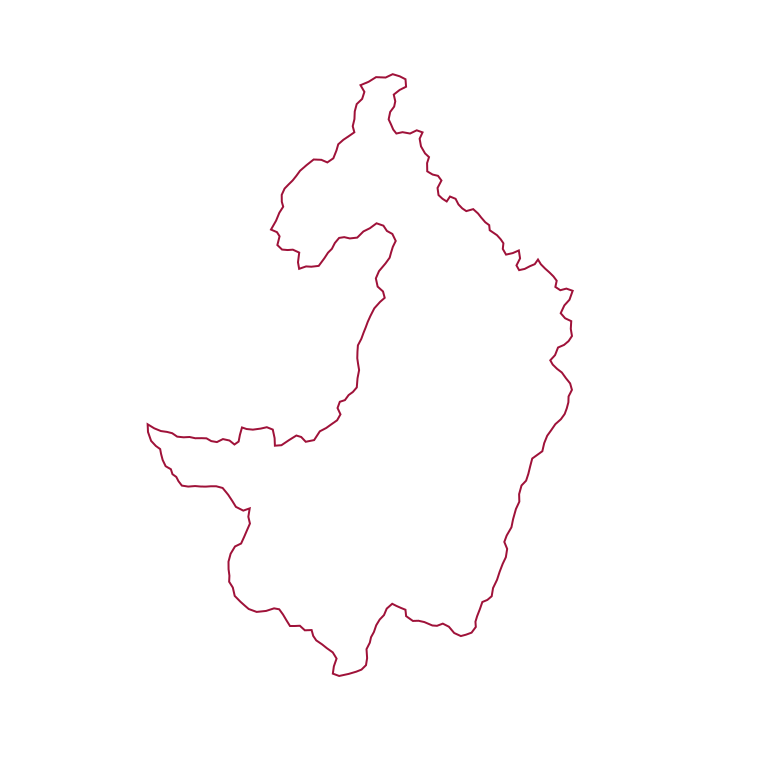 Virginópolis, Minas Gerais, Brazil, rotated 207°
{"feature_id": "56859067B47884480134437", "entity_name": "Virginópolis", "entity_type": "district", "adm_level": 2, "iso_a3": "BRA", "parent_name": "Brazil", "parent_adm1": "Minas Gerais", "projection": "natural_earth1", "projection_center": [-42.648, -18.801], "detail": "fine", "context": "isolated", "style": "outline", "palette": "rose", "viewbox_px": 768, "rotation_deg": 207, "n_neighbors": 0, "source": "geoboundaries", "source_scale": "gbopen_adm2", "svg_char_len": 4138}
<svg xmlns="http://www.w3.org/2000/svg" viewBox="0 0 768 768"><g transform="rotate(207 384 384)"><path d="M576.3,240.8L572.5,234.1L565.7,227.6L559.1,225.2L553.9,224.4L550.9,220.5L546.7,215.8L541.2,211.6L535.2,211.3L531.5,207.6L526.9,206.9L523.0,204.1L518.0,201.7L511.9,203.7L506.0,207.3L501.1,209.3L496.3,211.6L491.8,214.3L487.1,216.7L480.6,218.1L472.6,214.6L465.9,210.8L460.2,207.3L451.9,207.3L447.2,212.2L444.6,204.1L440.1,198.8L439.7,191.9L439.2,184.3L438.9,177.0L443.0,171.6L443.6,163.1L441.9,155.1L438.4,148.4L434.7,143.0L432.2,137.5L426.3,134.0L420.8,127.4L413.0,124.8L407.3,123.3L402.4,122.1L394.0,123.1L386.0,128.3L380.1,134.2L375.1,135.7L369.4,132.8L363.7,129.2L357.9,125.7L353.4,128.0L349.2,130.4L342.7,128.6L336.8,131.9L332.7,127.4L328.0,124.8L321.0,123.9L315.2,122.7L307.8,121.6L301.6,117.8L300.5,109.7L298.1,102.7L291.4,103.5L283.8,109.7L278.1,115.1L274.4,119.3L272.4,125.3L274.6,132.1L279.2,139.8L279.2,147.1L280.6,152.5L280.4,158.4L281.4,165.5L280.9,172.2L279.1,178.1L279.6,185.1L276.9,191.9L272.2,191.9L266.9,192.2L262.4,192.6L258.9,187.2L250.7,186.0L245.8,188.7L240.0,190.2L231.3,190.8L227.0,192.6L222.8,197.2L216.0,197.2L208.4,194.0L201.1,194.3L197.1,197.9L193.1,202.2L191.9,209.2L194.6,213.7L195.6,219.3L196.4,227.2L197.4,234.4L193.9,238.5L191.7,243.8L194.2,251.7L194.4,260.9L195.7,269.1L196.6,277.6L196.8,285.0L199.4,293.0L205.1,297.9L205.9,304.7L205.4,314.2L207.6,322.1L209.7,332.5L210.0,340.6L213.6,347.2L215.4,356.0L213.5,362.4L214.6,369.5L216.4,377.1L218.1,384.9L214.8,391.3L212.4,396.0L214.4,404.0L215.1,412.0L214.1,418.4L213.1,426.0L210.4,432.9L209.4,439.3L210.1,445.3L211.4,451.4L213.9,456.7L213.9,464.1L218.4,469.0L224.6,471.8L230.8,475.0L236.8,476.1L242.5,477.9L246.6,480.6L244.7,487.4L245.5,495.5L241.3,500.6L239.0,506.1L238.3,512.1L242.6,517.9L245.7,525.0L252.5,524.8L258.7,527.3L259.0,535.9L257.0,543.3L258.2,552.7L264.8,551.8L269.5,547.6L275.4,548.3L277.0,554.4L281.9,556.8L287.2,558.5L292.9,560.0L298.6,561.9L303.3,564.8L304.1,559.2L307.4,555.3L310.9,550.4L315.3,546.8L319.8,549.8L319.8,557.7L324.5,564.2L328.7,559.1L334.0,554.7L339.5,558.3L341.5,563.6L345.7,565.9L350.9,567.9L359.6,569.0L362.4,573.3L367.2,574.1L373.1,576.5L377.6,578.6L383.9,580.3L389.2,575.4L394.0,576.0L399.2,577.8L404.3,581.5L410.3,581.0L411.0,575.1L416.0,575.6L421.2,577.1L425.3,583.0L425.2,591.4L430.4,594.0L435.8,592.7L442.0,593.1L445.9,600.4L446.9,606.6L452.1,608.1L458.9,612.5L463.6,618.7L463.9,625.7L470.0,624.9L474.5,619.0L481.8,616.8L486.7,612.8L491.3,614.9L495.5,618.4L500.0,621.9L502.0,629.2L500.9,635.8L502.3,641.0L506.7,646.3L503.5,653.2L499.3,658.9L503.2,665.3L509.7,665.3L516.9,664.0L521.7,657.8L530.4,653.8L534.9,646.3L540.6,639.6L534.1,635.4L532.9,628.1L535.4,621.0L533.8,613.6L530.6,606.6L528.9,599.5L524.7,594.8L527.7,589.2L531.1,583.1L533.6,576.8L532.4,570.6L531.6,562.1L535.1,555.7L541.6,555.3L548.6,552.1L552.4,543.8L555.6,535.9L556.6,529.7L557.8,523.9L559.6,518.5L561.3,513.0L561.0,506.1L557.8,500.0L554.3,496.2L555.0,489.1L554.3,480.5L554.8,470.3L548.3,470.7L544.1,468.2L542.1,459.4L535.9,457.5L530.7,459.6L526.2,462.3L519.2,462.6L515.9,453.4L511.9,448.1L506.8,453.4L502.0,455.5L495.8,459.6L494.2,469.1L493.5,475.6L491.8,480.8L491.8,487.3L490.3,493.8L486.1,496.8L480.5,498.2L474.3,502.3L471.6,510.6L467.3,516.4L463.6,523.8L456.4,524.8L450.9,521.7L444.7,521.5L438.5,516.8L438.4,510.2L437.4,504.4L436.3,499.1L437.4,492.1L439.7,482.3L439.2,474.4L433.9,467.9L426.9,466.0L422.5,461.1L424.8,455.3L427.0,447.0L427.0,438.4L426.7,432.0L426.0,426.1L425.5,420.5L424.7,413.9L424.8,406.6L422.3,400.7L419.5,394.8L416.4,390.4L412.5,385.1L410.2,377.1L406.7,368.6L408.1,362.8L410.5,358.1L411.5,351.9L415.3,348.1L414.5,341.5L409.0,337.2L409.3,330.4L412.6,324.2L415.5,318.6L419.7,312.7L420.8,302.3L427.5,297.0L433.7,299.2L438.7,298.3L443.2,290.8L447.6,282.9L453.2,279.5L456.9,286.1L462.4,292.9L468.8,292.3L473.6,288.3L480.1,283.8L486.0,281.5L490.8,280.8L489.3,273.3L487.4,266.7L489.8,262.2L496.0,263.5L502.5,261.8L506.5,256.4L512.0,254.7L517.5,255.0L522.2,252.8L527.5,250.0L533.2,248.5L538.4,245.5L544.4,243.2L550.4,244.0L555.6,242.8L561.4,240.8L568.6,240.2L576.3,240.8Z" fill="none" stroke="#9f1239" stroke-width="2"/></g></svg>